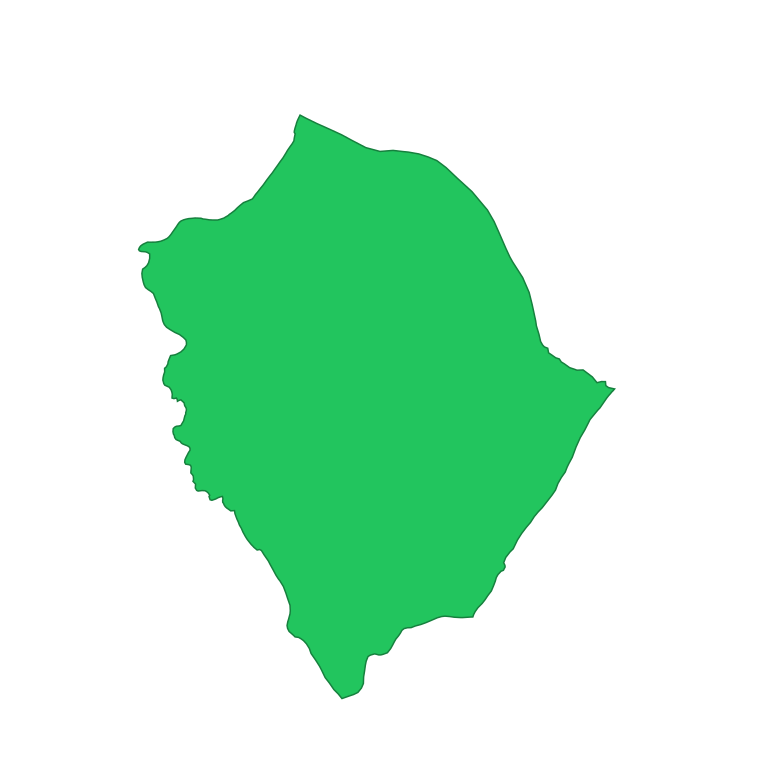 the district of Rumduol, Svay Rieng, Cambodia, rotated 250°
{"feature_id": "14789045B51142255514393", "entity_name": "Rumduol", "entity_type": "district", "adm_level": 2, "iso_a3": "KHM", "parent_name": "Cambodia", "parent_adm1": "Svay Rieng", "projection": "albers", "projection_center": [105.826, 11.218], "detail": "fine", "context": "isolated", "style": "filled", "palette": "green", "viewbox_px": 768, "rotation_deg": 250, "n_neighbors": 0, "source": "geoboundaries", "source_scale": "gbopen_adm2", "svg_char_len": 5091}
<svg xmlns="http://www.w3.org/2000/svg" viewBox="0 0 768 768"><g transform="rotate(250 384 384)"><path d="M483.7,193.2L482.2,191.8L480.3,190.1L478.8,188.8L476.7,187.7L474.5,185.2L473.8,183.2L470.3,182.0L467.8,180.0L465.4,178.5L463.2,177.5L461.5,177.4L459.7,177.2L457.9,177.6L456.1,179.4L454.4,181.1L451.5,181.9L449.0,181.9L446.7,181.5L444.7,180.6L443.3,180.0L442.1,181.6L441.8,184.1L440.1,184.4L438.4,184.0L438.7,185.8L438.6,187.7L434.7,189.7L431.8,189.3L429.4,189.8L427.9,189.7L426.4,189.0L424.8,187.8L423.5,187.4L422.2,186.0L420.6,184.9L417.9,183.1L416.2,181.0L414.5,179.0L414.6,177.3L415.3,174.4L415.1,172.7L414.2,170.7L411.4,169.4L408.9,169.0L407.4,169.3L405.2,169.0L403.0,169.6L401.8,170.7L399.9,172.8L398.1,173.3L396.8,174.1L395.1,175.9L393.2,178.1L391.4,179.5L389.9,179.7L388.1,179.1L386.5,176.9L385.0,175.3L382.9,173.0L380.8,171.0L378.5,169.9L376.5,170.2L375.1,172.8L373.9,174.3L372.1,174.5L370.3,173.8L368.2,172.8L366.5,172.1L364.7,172.8L363.0,173.3L360.5,172.7L359.0,172.2L357.9,171.2L356.3,171.9L354.4,172.7L350.8,171.1L348.1,171.6L347.0,172.7L346.1,176.6L344.9,179.4L343.6,180.5L341.9,181.5L339.1,182.2L338.1,181.1L334.7,181.0L333.6,182.5L333.5,186.6L333.9,189.1L333.9,191.7L333.6,193.7L331.2,193.4L329.9,192.6L328.0,192.0L326.6,192.4L325.1,192.4L323.0,192.9L321.1,193.9L319.6,195.0L317.2,196.6L316.2,200.2L313.1,199.6L307.5,199.6L304.1,199.9L300.9,199.9L297.1,200.6L293.2,200.8L288.0,201.6L284.8,202.3L281.4,203.4L278.7,204.3L276.3,205.4L275.0,205.9L271.4,208.0L271.0,210.6L269.4,211.9L264.5,212.9L257.3,214.8L253.3,215.3L247.0,216.3L241.3,217.1L236.9,218.1L234.5,218.9L228.1,220.2L221.0,220.3L215.5,220.1L208.2,220.0L203.0,218.4L200.2,217.1L195.5,213.8L193.4,212.2L190.2,210.3L187.3,209.8L183.9,210.2L181.4,211.6L178.6,213.1L176.8,213.9L175.1,217.1L172.8,219.0L170.4,220.6L166.3,222.3L161.0,223.4L155.7,223.3L148.1,225.3L140.9,226.9L136.3,227.5L128.2,228.3L121.7,230.4L114.0,232.4L108.4,235.0L102.8,236.9L102.7,245.7L102.6,249.1L103.1,254.0L106.0,258.8L109.6,262.2L115.8,264.7L120.8,267.5L126.1,270.3L129.7,272.5L133.4,275.8L133.9,278.5L133.6,282.9L132.5,284.6L131.2,286.4L130.5,288.5L130.3,290.4L130.3,295.3L133.2,299.9L135.8,302.9L138.3,305.6L140.4,308.1L141.3,309.7L142.5,311.7L144.3,314.2L146.4,316.6L147.3,319.2L146.9,322.9L145.8,326.0L145.9,330.7L145.4,336.5L145.4,341.7L145.7,347.5L146.1,354.2L145.8,358.5L145.0,361.9L142.9,366.4L140.9,370.1L138.6,375.4L137.7,377.7L136.2,382.9L135.6,385.0L134.7,387.8L136.8,389.5L139.0,391.9L141.7,395.8L144.3,401.3L146.8,405.3L149.6,409.1L152.8,414.1L156.8,417.8L160.6,421.1L163.7,423.3L166.0,426.0L166.9,427.8L168.0,429.9L168.1,432.5L170.6,435.2L172.2,435.6L173.6,435.5L175.1,435.3L179.4,439.1L183.0,444.8L184.9,449.0L191.8,456.1L196.4,462.1L200.7,468.8L203.8,474.3L208.1,480.0L211.0,485.0L213.6,490.3L217.8,497.0L222.2,504.0L225.7,508.9L231.0,513.4L235.5,518.7L237.5,521.6L239.3,524.2L241.5,526.1L243.3,527.7L246.1,530.6L250.7,535.8L259.1,542.9L266.5,550.1L272.0,556.8L277.5,562.7L280.1,565.4L283.9,571.8L286.4,576.1L287.6,578.6L291.0,583.4L294.7,588.6L296.3,591.2L297.5,593.5L298.6,595.3L299.2,596.7L300.5,599.0L303.8,593.8L306.6,591.9L310.5,592.9L311.9,589.2L312.4,584.6L319.4,582.2L329.1,575.9L331.0,570.0L332.5,568.3L335.9,564.0L341.2,560.4L344.1,558.1L347.6,557.3L349.9,554.3L353.7,551.7L357.0,549.3L361.6,550.1L364.0,547.4L366.3,546.4L370.4,545.7L377.5,546.6L386.7,547.1L388.5,547.5L391.4,548.1L408.0,550.4L420.4,551.7L436.6,550.7L454.9,546.6L460.5,545.7L469.7,544.9L484.5,544.0L499.1,543.0L512.1,540.7L534.6,532.5L552.2,523.3L566.2,516.3L575.8,510.1L582.1,503.3L588.3,495.4L593.6,486.2L595.7,481.8L600.4,472.4L603.9,459.8L612.3,447.8L624.2,436.9L632.8,429.3L642.4,419.6L651.9,409.8L660.3,401.7L665.4,397.1L662.8,394.4L661.2,392.8L659.2,391.1L657.7,390.1L655.0,388.0L652.3,386.2L651.0,385.7L649.5,386.1L645.8,383.8L643.3,382.5L641.1,379.8L639.3,377.1L636.6,373.3L634.6,370.9L631.1,366.5L628.4,362.4L626.0,359.0L623.4,355.2L620.5,351.1L618.9,348.4L615.6,343.3L612.1,338.2L610.3,335.1L607.5,330.7L606.1,328.2L604.2,325.6L602.9,323.6L602.6,318.8L602.5,314.0L601.0,309.7L599.7,306.4L598.2,303.2L596.8,298.8L596.3,296.7L595.6,295.2L595.1,292.2L594.7,290.4L594.8,286.1L595.0,283.8L595.9,281.2L596.9,278.6L598.0,276.0L598.8,274.6L599.9,272.6L600.9,270.5L602.3,268.8L604.0,264.7L604.6,263.2L605.2,260.8L606.2,257.2L606.6,254.4L606.8,251.9L606.6,248.9L605.9,247.0L604.6,245.0L602.7,242.5L601.1,240.2L598.8,236.9L597.3,234.8L595.9,232.4L595.0,230.2L594.6,226.9L594.5,223.2L595.0,219.9L595.5,217.7L597.3,212.5L598.2,210.3L598.0,208.1L597.8,205.6L597.4,203.9L596.9,202.4L595.9,200.9L594.3,199.4L592.8,199.7L591.6,201.1L589.8,205.1L588.6,206.6L586.4,208.3L582.2,206.8L578.5,204.3L576.3,201.7L575.2,199.2L574.5,196.5L570.7,194.3L566.9,193.3L562.3,192.7L559.3,192.5L556.2,192.9L553.3,194.7L550.8,196.6L547.9,198.3L542.5,198.4L538.8,198.6L533.8,198.5L531.8,198.8L527.2,198.9L523.4,198.4L519.7,197.8L518.2,197.7L515.0,197.9L511.7,199.1L508.3,201.6L503.9,205.2L500.5,208.7L496.5,211.3L493.1,212.9L490.7,212.6L488.3,211.7L485.3,208.0L483.6,204.1L483.0,199.9L482.9,197.6L483.7,193.2Z" fill="#22c55e" stroke="#15803d" stroke-width="1.5"/></g></svg>